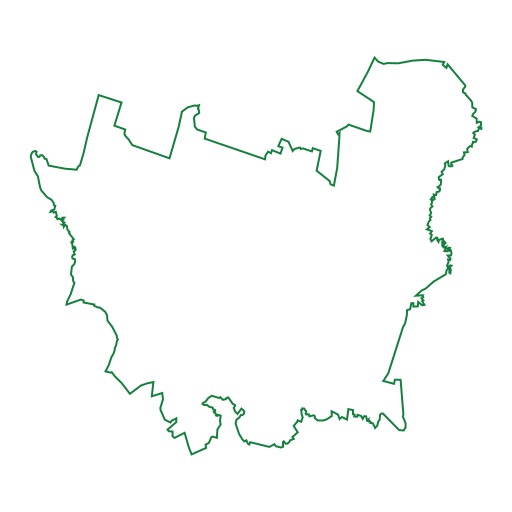 Juárez, Chiapas, Mexico (Robinson projection)
{"feature_id": "50627088B99297205497031", "entity_name": "Juárez", "entity_type": "district", "adm_level": 2, "iso_a3": "MEX", "parent_name": "Mexico", "parent_adm1": "Chiapas", "projection": "robinson", "projection_center": [-93.174, 17.701], "detail": "fine", "context": "isolated", "style": "outline", "palette": "green", "viewbox_px": 512, "rotation_deg": 0, "n_neighbors": 0, "source": "geoboundaries", "source_scale": "gbopen_adm2", "svg_char_len": 6010}
<svg xmlns="http://www.w3.org/2000/svg" viewBox="0 0 512 512"><path d="M87.2,137.3L83.5,153.5L80.0,165.2L78.1,166.7L76.6,169.7L65.0,168.7L48.7,165.6L46.5,159.1L44.5,158.6L43.9,156.8L42.0,155.1L40.2,155.4L39.4,156.9L38.0,157.0L36.0,154.0L36.6,151.8L35.7,151.0L32.9,151.7L31.5,153.6L30.7,156.6L34.4,170.7L37.9,176.3L40.1,187.5L41.4,190.6L47.1,197.2L51.5,199.8L53.8,203.2L53.9,205.2L55.3,205.8L54.3,209.5L51.2,210.5L50.5,211.8L52.6,211.2L53.7,212.6L55.8,211.8L56.8,215.7L55.7,217.0L56.7,217.3L57.4,219.2L59.1,218.5L60.8,219.6L62.6,217.7L64.0,217.7L63.0,218.7L63.5,219.6L61.7,220.5L62.7,221.8L64.2,222.4L63.3,223.0L64.2,224.9L62.3,224.8L63.7,225.8L63.8,226.8L65.2,224.8L67.0,226.2L67.4,229.7L69.4,231.9L68.6,233.8L69.5,232.8L69.8,234.2L73.8,239.3L72.4,240.3L73.2,241.7L71.3,242.4L72.3,243.9L72.8,248.2L74.5,246.8L75.2,247.4L75.5,248.9L74.2,248.5L75.1,250.5L73.7,251.4L74.7,254.5L72.7,255.2L72.1,257.2L72.7,258.6L74.9,259.2L75.1,261.4L74.5,263.8L71.9,266.7L71.0,274.5L73.0,277.4L73.1,280.8L74.4,282.8L70.7,294.1L66.9,302.0L66.5,304.6L80.8,299.6L83.7,300.5L83.6,302.5L94.3,304.5L94.0,305.5L94.6,306.1L98.7,307.7L99.8,307.5L105.3,311.9L107.0,315.2L107.5,320.7L112.0,326.5L116.8,335.7L116.9,337.7L117.9,339.5L116.9,341.2L116.0,345.8L114.7,348.1L114.8,349.8L113.5,353.6L111.4,357.2L108.8,365.0L105.5,371.4L110.6,372.6L111.7,372.2L114.9,376.4L121.7,383.1L129.9,393.8L141.0,385.5L147.3,383.3L153.4,382.1L151.8,396.3L162.2,393.0L163.0,399.4L160.4,407.7L160.5,409.8L164.8,419.7L170.4,422.5L171.7,420.7L176.3,418.4L176.2,422.2L167.5,429.7L168.8,431.2L172.6,431.6L172.5,436.2L174.5,437.9L184.6,432.8L189.0,447.9L191.6,454.4L206.1,447.9L205.6,444.6L208.8,443.0L211.4,437.2L212.6,436.6L216.9,437.8L217.4,429.5L220.7,424.3L220.0,421.0L220.7,415.6L217.6,414.8L217.4,415.8L216.2,415.6L215.4,413.1L214.0,412.5L213.7,411.7L215.2,411.0L215.1,410.1L213.1,409.2L212.6,407.5L209.4,406.9L207.0,404.9L204.4,405.1L202.5,404.0L203.1,402.9L205.6,401.6L208.2,398.1L211.7,395.8L219.2,398.0L220.3,397.2L222.7,399.8L225.9,399.2L226.2,398.1L228.3,397.4L232.7,403.8L234.9,405.0L235.2,405.6L233.7,407.9L235.1,411.4L237.5,413.9L241.5,408.6L244.3,411.3L243.8,413.9L242.3,415.1L240.9,415.0L239.2,417.7L236.5,419.6L235.6,423.7L239.1,434.0L242.3,439.2L244.2,441.4L246.4,440.3L247.8,443.6L249.2,444.5L250.2,442.2L269.4,446.9L274.4,444.2L275.8,446.2L280.9,447.5L283.0,446.8L283.0,442.0L283.8,441.3L285.6,443.7L287.6,443.6L289.6,441.6L290.0,440.4L293.8,438.9L292.5,437.0L297.7,432.3L293.7,426.0L297.4,421.5L297.7,420.3L301.2,421.8L302.7,417.3L301.7,414.7L301.2,409.9L302.1,409.7L302.2,408.4L304.3,408.6L305.0,410.2L306.1,411.0L306.2,412.9L305.6,413.6L306.2,414.5L308.8,414.3L309.4,416.4L313.5,415.3L314.8,416.1L314.8,418.0L317.6,420.4L323.1,420.5L326.6,419.4L331.8,416.0L331.6,411.3L338.0,414.5L339.6,419.0L341.9,417.0L347.0,419.6L348.4,409.1L353.0,410.1L353.0,414.2L354.6,414.6L354.2,416.5L357.2,416.7L357.6,414.9L361.0,415.9L362.7,418.9L364.1,416.2L366.1,416.3L367.0,420.4L368.1,419.6L367.6,420.8L368.6,421.4L369.3,420.7L370.6,421.9L370.4,423.0L372.9,423.3L375.1,428.0L377.3,425.5L378.2,421.8L379.7,419.6L380.0,414.8L381.5,413.5L382.9,413.5L399.2,430.1L403.7,430.5L405.6,427.3L405.6,423.3L402.8,416.4L403.4,414.7L400.6,379.8L394.9,379.7L394.0,383.8L383.3,381.0L388.3,373.3L403.0,327.2L405.2,323.1L406.9,314.9L407.0,310.2L410.1,309.2L411.4,303.2L413.3,303.1L413.4,306.6L417.8,306.4L418.2,302.0L422.2,305.3L424.4,304.9L422.1,301.1L423.4,300.3L421.5,298.2L423.2,297.1L422.5,295.9L422.8,295.3L415.9,295.7L421.4,290.7L425.7,288.5L433.6,281.6L445.8,274.2L446.7,269.9L449.0,267.9L449.5,268.5L449.3,272.7L450.3,273.3L450.8,269.8L449.9,267.2L451.4,265.6L450.3,265.4L447.7,267.1L447.0,265.7L448.6,262.0L448.1,259.5L450.1,260.0L450.5,258.8L447.7,255.5L450.9,255.5L451.3,254.4L451.4,252.3L450.7,250.2L449.1,251.0L448.6,250.5L450.0,247.9L448.9,247.6L447.4,248.6L447.6,250.6L447.1,251.3L444.4,251.1L446.2,246.7L443.9,247.5L442.3,246.0L442.3,241.8L443.5,242.3L444.0,244.9L445.5,242.8L443.3,240.6L442.8,238.6L438.9,239.9L438.5,241.8L437.2,240.0L437.4,237.9L436.3,237.5L431.5,241.3L430.4,238.9L431.8,234.9L430.1,233.6L431.9,231.2L426.9,229.3L429.7,227.1L427.5,224.9L429.0,221.3L430.5,219.9L429.9,218.1L431.2,216.8L429.7,215.4L431.2,213.1L429.9,209.5L430.4,208.1L432.4,206.5L431.1,204.6L432.0,202.7L431.7,201.0L433.3,199.9L430.9,199.3L432.4,197.0L434.5,198.0L433.7,194.6L436.1,195.1L436.7,192.0L438.9,191.6L439.8,190.7L440.1,188.5L438.7,188.3L437.6,187.1L439.4,186.1L440.8,184.4L441.2,180.3L440.8,179.5L439.6,180.1L439.0,179.5L438.7,177.1L442.8,174.2L441.6,171.8L444.2,169.5L445.3,165.6L444.8,163.4L448.1,161.3L448.6,165.7L449.3,166.3L452.0,166.2L452.4,165.7L451.1,164.0L451.3,162.6L462.5,159.0L462.7,157.3L464.6,155.0L463.9,152.4L467.7,152.2L467.2,148.8L470.0,146.1L471.8,146.7L472.0,144.3L473.0,143.2L473.0,141.9L475.6,141.9L476.6,140.2L476.7,139.3L473.7,137.9L474.9,134.7L473.3,132.9L474.5,131.8L478.0,130.9L479.0,128.0L481.3,128.9L481.3,127.6L478.9,127.1L481.1,125.4L481.0,122.3L479.4,121.7L476.8,122.8L476.6,118.6L472.3,115.9L472.9,114.2L475.3,111.8L476.0,109.1L472.4,107.4L472.2,102.8L471.2,100.8L465.6,94.5L465.4,93.4L463.1,92.4L462.9,89.6L465.1,86.8L465.3,85.5L447.6,64.3L446.4,67.9L442.7,64.7L444.2,62.0L425.7,59.8L412.7,60.6L398.2,63.3L387.5,63.1L383.6,63.9L378.1,61.6L374.6,57.6L368.0,71.5L357.4,91.1L374.0,102.1L373.6,110.3L370.2,131.5L367.0,131.0L348.5,124.6L346.9,126.4L336.7,131.8L338.1,134.3L339.5,133.1L339.4,136.8L337.2,167.8L333.9,185.6L330.6,184.3L329.5,180.9L316.6,170.7L320.7,150.9L312.8,148.2L311.9,151.4L302.8,148.4L300.7,149.0L300.1,147.6L299.2,147.6L294.3,149.1L292.7,151.0L288.5,141.8L281.7,138.8L278.3,146.1L282.5,147.7L280.5,153.6L272.0,150.1L271.0,153.2L268.0,151.7L265.5,155.6L265.0,159.3L204.7,138.6L205.8,132.5L197.0,129.4L194.8,126.5L194.0,118.1L194.8,115.9L199.2,113.0L198.7,109.4L197.9,108.8L199.0,105.2L196.8,105.9L195.2,105.4L188.0,107.2L182.0,111.6L178.6,127.1L169.5,158.3L132.3,145.1L128.6,139.4L125.1,135.6L124.4,133.6L125.2,129.5L114.4,125.7L121.5,102.5L98.7,95.1L87.2,137.3Z" fill="none" stroke="#15803d" stroke-width="2"/></svg>